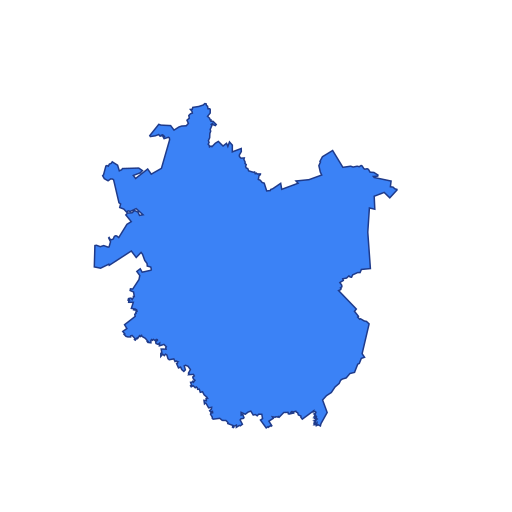 the district of Macuspana, Tabasco, Mexico, rotated 317°
{"feature_id": "50627088B6911600135809", "entity_name": "Macuspana", "entity_type": "district", "adm_level": 2, "iso_a3": "MEX", "parent_name": "Mexico", "parent_adm1": "Tabasco", "projection": "mercator", "projection_center": [-92.511, 17.856], "detail": "fine", "context": "isolated", "style": "filled", "palette": "blue", "viewbox_px": 512, "rotation_deg": 317, "n_neighbors": 0, "source": "geoboundaries", "source_scale": "gbopen_adm2", "svg_char_len": 6156}
<svg xmlns="http://www.w3.org/2000/svg" viewBox="0 0 512 512"><g transform="rotate(317 256 256)"><path d="M399.5,280.6L400.4,280.0L399.2,275.3L396.6,272.5L397.3,269.3L396.8,268.0L394.8,266.7L394.5,265.6L395.0,262.4L394.6,261.5L392.4,261.1L391.2,259.3L387.7,257.2L386.5,254.9L380.0,250.4L384.0,231.1L372.3,228.7L367.3,230.4L367.3,231.2L363.6,232.8L360.3,238.4L359.3,241.6L346.8,236.3L336.4,228.4L336.4,231.5L320.3,224.8L323.6,219.7L314.0,218.2L312.2,217.4L311.1,217.9L308.2,215.7L311.7,208.3L310.6,206.4L310.8,203.5L309.9,201.6L313.0,199.3L314.6,199.5L315.2,199.0L312.8,196.8L312.8,195.6L311.6,195.3L312.3,193.6L311.2,193.0L308.7,188.7L309.6,186.4L308.9,185.0L309.5,183.4L311.2,182.5L311.1,180.7L312.1,179.9L313.0,177.1L314.3,176.3L311.7,174.2L311.7,172.0L312.6,170.8L316.5,169.6L318.5,167.3L309.7,163.7L314.3,158.8L314.4,154.5L310.1,156.7L311.3,153.5L306.9,153.1L306.6,146.5L303.2,145.8L298.3,146.0L298.1,144.9L296.4,144.5L297.2,143.3L297.3,141.6L299.1,141.0L299.8,139.2L302.8,137.9L305.8,134.9L308.0,133.8L308.8,132.2L312.9,130.4L313.0,129.2L314.6,129.4L314.2,130.7L315.2,132.9L316.6,132.7L316.4,128.2L315.0,126.7L315.9,125.8L315.3,125.2L316.0,123.6L315.8,120.8L320.0,120.2L322.4,117.7L322.6,116.8L321.3,115.6L322.7,113.5L322.5,112.0L323.3,110.6L322.5,109.6L320.4,109.6L316.1,107.6L311.1,104.2L309.5,105.2L308.0,104.1L307.9,106.5L306.9,108.1L305.1,107.3L302.7,107.4L301.2,109.7L298.1,109.6L297.0,112.9L293.8,113.2L290.3,110.3L287.7,109.1L281.9,108.0L282.5,102.4L275.7,95.4L274.7,93.4L260.4,95.5L260.2,96.6L264.3,99.4L267.7,100.8L267.5,102.7L268.2,103.5L269.0,103.0L270.4,103.7L270.7,106.8L269.6,104.5L268.8,107.5L273.0,109.5L273.2,110.5L272.1,112.1L246.6,127.4L235.2,124.7L236.1,118.5L220.8,117.2L221.2,113.4L228.0,116.2L231.2,116.1L230.2,111.7L218.0,101.0L216.6,101.3L214.1,100.5L216.7,95.2L215.1,89.1L213.4,89.5L211.4,88.8L209.2,89.6L208.7,88.2L207.6,87.8L199.9,92.6L198.6,92.7L197.8,96.0L199.1,100.1L202.3,100.5L203.6,102.0L203.8,103.2L192.1,123.6L192.5,125.6L189.4,127.6L191.3,131.5L191.3,135.7L193.3,135.8L194.4,137.6L200.7,139.6L201.5,148.8L198.5,146.9L199.6,143.3L198.1,139.9L194.8,139.9L191.4,137.0L188.8,137.2L188.2,145.8L183.2,144.8L168.2,148.9L167.8,146.3L166.9,145.3L165.7,145.1L163.2,146.2L161.3,145.5L160.7,144.1L161.2,142.3L160.6,142.3L159.3,146.4L154.8,149.1L153.9,148.7L151.7,144.5L148.5,143.0L146.6,139.3L145.3,138.5L130.3,153.7L134.0,158.9L142.8,161.6L142.3,162.7L168.2,167.3L167.4,175.4L174.4,175.0L174.2,177.3L171.6,183.4L171.2,187.2L169.6,189.2L171.5,192.3L170.4,194.3L169.5,194.8L161.7,190.2L162.6,186.4L158.3,186.0L157.7,191.0L154.4,193.4L143.3,196.1L141.8,194.4L140.4,195.4L141.9,198.8L139.4,202.6L138.7,202.0L138.2,202.7L135.7,203.4L135.9,201.8L135.3,201.1L134.1,200.4L133.6,201.5L133.2,200.5L132.3,201.1L132.8,201.8L131.3,203.0L134.7,206.2L129.1,209.3L130.9,211.7L129.9,212.0L131.1,213.6L131.7,213.1L132.0,214.0L131.2,215.4L129.8,215.0L129.1,216.2L127.6,215.9L126.4,217.8L113.0,216.6L112.1,221.0L107.1,220.3L106.9,223.4L106.1,223.3L106.1,226.1L107.1,227.8L109.1,229.7L109.9,228.9L111.2,229.6L111.2,233.9L110.1,234.2L110.3,235.2L113.2,234.8L113.0,235.5L113.9,235.5L116.4,234.8L116.4,236.0L118.7,235.7L117.6,236.5L118.9,240.7L118.7,244.8L118.1,244.5L118.0,245.5L119.9,247.8L121.7,246.0L122.7,245.9L122.8,247.0L124.1,247.0L124.5,248.8L126.3,249.1L126.8,249.9L126.4,250.5L124.1,250.3L123.2,251.8L124.1,253.8L126.1,254.0L124.1,255.8L128.4,257.9L128.5,261.3L127.3,261.6L126.7,262.8L123.2,259.4L120.8,263.0L120.0,262.3L117.9,264.5L120.0,264.3L120.9,264.7L121.0,266.3L122.9,266.1L123.3,267.6L121.6,271.1L121.8,272.7L125.7,275.2L124.8,278.0L126.0,278.3L126.7,280.0L126.2,279.8L125.4,280.9L124.5,280.6L123.0,285.0L125.1,285.8L124.2,288.5L124.5,291.2L126.7,291.1L128.6,287.4L130.0,287.9L131.1,290.3L130.6,294.3L126.7,295.6L126.6,296.5L125.7,296.8L129.5,299.9L129.1,301.6L127.2,301.4L126.4,303.0L126.6,305.3L124.2,305.7L124.5,304.5L123.0,304.6L122.0,303.8L120.9,306.4L119.6,306.3L119.4,307.5L121.6,308.0L121.7,310.9L123.0,311.0L123.2,312.2L122.4,313.7L123.7,314.7L122.3,317.7L124.3,318.8L123.4,322.2L123.8,325.8L123.5,327.1L122.3,326.2L121.0,328.0L119.5,326.1L117.5,329.0L118.7,329.0L119.0,329.6L117.8,334.8L120.4,336.4L118.9,337.6L116.6,337.5L116.5,339.0L118.2,339.9L117.4,341.1L115.8,340.2L114.8,340.7L114.2,343.9L113.3,344.9L113.4,346.1L118.8,350.0L119.2,353.2L121.9,355.9L121.9,358.7L121.1,359.3L123.6,364.3L122.1,365.1L122.3,366.0L122.9,366.1L123.3,365.3L126.3,366.3L124.8,367.9L128.2,368.5L128.7,369.5L131.3,369.8L132.6,365.1L134.0,364.8L136.1,366.2L137.0,366.0L138.2,362.8L136.6,362.3L138.5,360.2L140.2,364.4L143.9,364.8L146.4,365.9L145.5,370.4L147.4,371.5L147.9,373.7L150.0,373.5L152.3,375.7L149.9,379.4L147.4,379.0L146.2,388.7L148.4,389.0L148.3,389.7L151.3,390.0L151.1,390.8L151.8,390.9L152.8,385.6L157.9,386.5L158.3,384.7L160.0,387.0L161.0,387.1L162.2,388.8L162.8,388.6L162.9,389.7L169.6,389.4L172.8,392.2L172.0,393.5L172.6,394.3L175.2,395.8L174.5,394.3L175.8,394.0L176.4,394.4L176.6,396.4L177.5,395.7L179.3,396.7L179.0,397.6L179.6,399.0L178.6,401.1L179.7,403.7L178.8,404.6L178.6,406.9L192.6,408.5L191.7,409.2L193.1,409.8L193.3,411.1L192.4,411.6L190.7,411.1L191.1,412.5L189.3,413.1L190.8,413.4L190.6,414.9L190.1,415.1L190.0,414.1L188.0,414.7L189.4,416.0L189.6,417.0L188.6,416.9L188.3,416.2L188.1,416.8L186.3,416.2L187.4,418.1L186.8,417.4L186.1,418.2L185.2,417.4L184.2,418.1L184.8,419.0L183.5,419.1L184.4,420.0L186.5,419.8L184.6,421.3L186.3,421.8L187.2,424.2L189.2,422.9L201.3,419.0L206.5,406.7L212.3,406.2L218.0,407.2L224.4,405.7L229.9,405.9L233.1,404.6L235.3,404.9L238.8,406.7L244.5,406.0L248.7,408.3L256.6,404.5L258.3,405.0L263.2,402.7L266.3,404.1L267.0,399.8L292.4,382.8L292.2,379.2L290.9,377.4L289.6,373.2L288.7,373.0L288.7,370.0L289.8,370.0L290.3,363.6L293.2,363.2L292.8,337.6L294.9,338.3L295.9,338.0L296.0,336.9L297.8,337.1L298.8,335.8L299.2,332.6L303.2,333.4L303.9,331.8L307.2,333.9L310.4,333.9L310.5,335.5L311.4,336.7L313.8,335.7L319.0,337.4L320.8,339.1L323.9,337.7L331.1,343.2L354.0,314.8L371.7,298.2L374.8,302.8L383.2,292.9L393.1,296.9L393.5,304.7L404.1,303.9L404.5,303.4L403.4,301.6L403.2,299.1L401.5,297.0L405.9,293.3L396.0,279.2L396.1,277.9L399.5,280.6Z" fill="#3b82f6" stroke="#1e3a8a" stroke-width="1.5"/></g></svg>